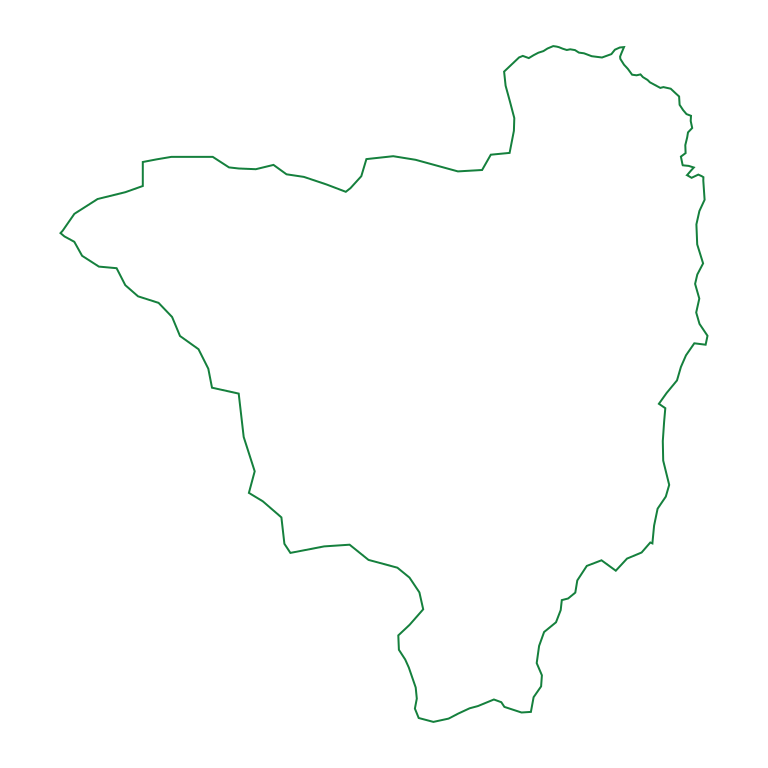 Statos Agios Fotios, Paphos, Cyprus
{"feature_id": "46923920B39520008883150", "entity_name": "Statos Agios Fotios", "entity_type": "district", "adm_level": 2, "iso_a3": "CYP", "parent_name": "Cyprus", "parent_adm1": "Paphos", "projection": "orthographic", "projection_center": [32.607, 34.88], "detail": "fine", "context": "isolated", "style": "outline", "palette": "green", "viewbox_px": 768, "rotation_deg": 0, "n_neighbors": 0, "source": "geoboundaries", "source_scale": "gbopen_adm2", "svg_char_len": 2404}
<svg xmlns="http://www.w3.org/2000/svg" viewBox="0 0 768 768"><path d="M519.1,57.4L504.1,71.6L505.6,85.7L509.9,101.4L514.3,118.1L513.9,130.8L509.6,152.9L490.8,154.7L482.1,170.0L457.9,171.4L415.6,159.8L393.2,156.2L366.4,159.1L361.3,176.2L350.5,188.1L345.8,191.8L326.6,184.5L303.9,176.9L286.5,174.3L273.5,164.9L255.8,169.2L238.8,168.5L229.0,167.4L212.8,156.9L193.2,156.9L171.2,156.9L156.4,159.4L142.8,162.0L142.8,186.0L125.3,192.2L97.6,199.0L74.4,213.8L62.6,230.8L60.5,233.1L64.4,236.4L74.3,241.8L82.1,255.8L98.9,266.6L116.6,268.2L125.3,285.2L138.0,296.3L158.6,302.9L172.1,317.0L180.0,336.0L198.5,349.2L208.3,368.7L212.0,387.7L238.7,393.6L243.7,437.0L254.7,471.3L248.9,492.9L262.8,501.3L281.4,517.4L284.4,543.8L290.4,552.9L324.1,546.4L349.6,544.7L368.5,559.9L397.4,567.7L409.5,577.6L419.4,592.4L423.2,609.3L409.6,624.8L398.3,635.4L398.9,649.8L405.2,659.5L408.8,667.5L415.7,687.5L416.8,698.6L414.9,708.6L418.7,718.0L423.6,719.3L433.4,721.9L448.6,718.6L458.2,713.6L469.6,708.3L477.8,706.1L493.9,699.5L501.3,702.2L504.4,706.9L521.5,712.5L530.9,711.9L533.6,697.2L541.1,686.4L541.9,675.3L536.7,663.1L539.1,645.9L544.1,632.0L556.0,622.3L560.7,610.1L561.8,600.1L568.1,598.5L575.3,592.6L577.3,580.4L586.8,565.9L601.5,560.3L615.8,570.7L627.0,558.6L641.6,552.5L650.3,542.5L652.4,543.4L652.5,542.2L654.1,525.6L657.6,508.7L665.8,496.6L669.2,484.9L663.2,460.6L662.8,441.1L664.1,422.0L665.3,408.2L658.9,403.8L666.6,393.0L677.0,380.4L680.9,367.0L686.0,355.3L694.3,343.3L705.6,344.7L706.1,342.5L707.5,335.8L699.5,323.9L696.2,312.5L699.3,298.6L695.1,283.9L697.3,274.5L703.1,263.4L697.2,244.4L696.4,224.4L699.4,211.0L704.6,199.8L703.3,180.7L703.4,177.2L701.6,176.1L698.3,174.6L691.6,177.8L687.3,175.3L687.5,175.2L687.2,175.0L690.8,170.8L693.8,167.5L688.7,165.9L682.8,165.3L682.6,165.0L680.9,156.6L685.6,153.1L685.3,145.1L687.2,137.3L688.0,132.4L692.2,128.0L690.7,121.0L691.0,115.8L686.5,114.1L683.1,110.1L679.6,104.8L679.6,104.7L679.1,96.5L675.3,93.0L670.7,88.7L663.4,87.1L660.3,87.9L649.9,82.3L647.6,80.0L642.9,77.1L640.5,74.4L636.6,75.3L632.1,74.7L627.8,68.8L624.0,64.7L620.4,59.0L620.3,58.6L620.1,56.6L621.5,53.0L624.0,47.1L619.8,47.5L614.9,49.7L611.4,54.1L602.0,57.5L591.7,56.2L584.0,53.3L578.9,52.6L575.0,50.1L570.2,49.3L566.8,50.0L562.7,48.7L559.0,47.2L556.7,46.6L553.2,46.1L547.5,48.5L543.4,51.1L538.4,52.7L533.6,55.2L528.8,58.1L522.8,55.9L519.9,57.1L519.1,57.4Z" fill="none" stroke="#15803d" stroke-width="2"/></svg>